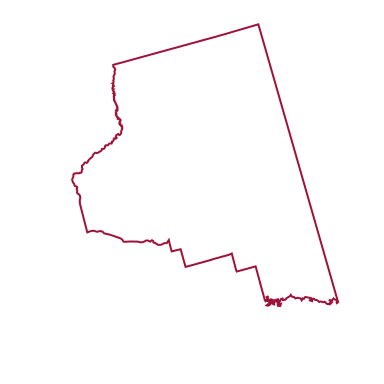 Coconino, Arizona, United States of America, rotated 345°
{"feature_id": "52423323B62960071172507", "entity_name": "Coconino", "entity_type": "district", "adm_level": 2, "iso_a3": "USA", "parent_name": "United States of America", "parent_adm1": "Arizona", "projection": "albers", "projection_center": [-112.498, 35.631], "detail": "fine", "context": "isolated", "style": "outline", "palette": "rose", "viewbox_px": 384, "rotation_deg": 345, "n_neighbors": 0, "source": "geoboundaries", "source_scale": "gbopen_adm2", "svg_char_len": 5553}
<svg xmlns="http://www.w3.org/2000/svg" viewBox="0 0 384 384"><g transform="rotate(345 192 192)"><path d="M80.4,203.9L83.4,203.6L86.6,203.8L90.3,206.0L92.0,205.8L94.1,206.3L95.5,207.4L96.4,209.2L101.7,212.0L111.1,218.4L112.4,220.1L113.0,222.2L113.8,222.6L119.3,223.8L126.5,225.8L130.1,227.6L131.8,227.7L135.3,227.0L136.9,227.5L138.7,229.1L140.8,228.2L141.8,229.3L141.7,230.9L143.1,231.5L145.4,234.2L148.4,235.0L152.1,234.3L154.4,234.8L157.2,232.4L157.0,236.5L157.0,244.1L166.2,244.3L166.4,262.7L193.4,262.5L194.6,262.3L211.8,262.2L214.5,261.7L214.4,278.9L214.6,280.4L222.6,280.4L234.2,280.3L234.3,297.9L234.2,297.9L234.4,312.3L234.3,315.2L234.8,316.4L237.2,314.6L236.9,312.8L238.8,312.4L237.8,313.1L237.9,315.6L235.8,316.5L236.7,317.0L238.3,317.0L240.3,316.0L241.5,316.7L238.3,318.5L237.5,319.6L234.7,320.8L235.8,321.5L238.0,321.1L239.1,319.9L241.9,318.8L240.8,320.7L242.2,321.8L242.5,320.1L243.9,319.3L244.7,317.8L247.4,317.9L247.3,319.7L245.8,318.8L245.9,321.8L245.5,324.2L247.8,324.9L249.0,322.9L247.5,322.9L248.0,319.9L248.8,320.1L250.2,318.5L251.9,318.3L251.8,320.0L254.4,320.2L255.9,319.0L259.8,317.9L260.8,316.9L261.7,319.2L263.3,319.8L264.4,321.6L266.5,321.4L269.4,323.0L269.9,325.0L271.4,323.4L272.4,324.2L274.2,322.7L279.2,325.1L277.8,327.2L279.8,328.5L280.5,327.1L279.8,326.1L282.4,326.8L283.0,328.1L284.8,328.8L286.4,331.2L287.5,330.9L290.8,332.6L291.8,332.4L293.5,335.1L296.1,336.2L298.0,335.1L297.0,334.6L298.5,333.8L296.2,331.8L299.3,332.9L301.2,331.5L301.7,332.5L303.6,333.7L303.9,334.6L303.6,334.9L303.6,335.3L303.2,335.7L303.1,335.9L303.2,336.5L303.2,336.8L304.6,336.3L299.5,47.2L272.8,47.8L267.2,48.0L257.0,48.1L255.0,48.2L244.3,48.2L148.8,48.8L148.4,50.7L149.4,52.4L149.6,53.9L148.3,55.4L148.1,57.7L146.0,60.2L145.9,62.3L144.7,64.0L144.9,65.0L144.1,66.6L143.6,66.6L143.8,66.8L143.9,67.2L143.6,67.4L143.6,67.9L143.5,68.3L143.7,68.6L143.6,68.9L143.7,69.1L143.2,69.1L143.2,69.3L143.1,69.7L143.3,69.9L143.1,70.0L142.9,69.8L142.8,70.0L142.5,70.2L142.4,70.4L142.6,70.5L142.4,71.0L142.3,71.4L142.0,71.7L142.2,72.5L142.6,72.6L142.2,72.9L142.1,73.1L142.0,73.3L141.9,73.2L141.9,73.3L142.0,73.8L142.3,74.5L142.5,74.5L142.7,74.8L142.5,75.0L142.4,74.8L142.2,74.8L142.3,75.3L142.5,75.9L142.4,76.0L142.4,75.9L142.1,75.9L142.1,76.0L142.4,76.3L142.6,76.6L142.2,76.7L141.7,76.7L141.8,76.9L142.1,77.2L142.2,77.5L141.9,77.5L141.7,77.9L142.0,78.4L141.9,78.4L141.6,78.5L141.4,78.8L141.3,79.0L141.5,79.4L141.3,79.8L141.1,79.9L141.0,80.1L141.2,80.7L141.0,80.9L141.1,81.4L140.9,81.8L140.6,82.1L140.8,82.8L140.5,82.9L140.4,83.3L140.7,83.6L140.6,84.1L140.8,84.8L141.2,85.4L141.1,85.5L141.1,85.8L141.2,86.2L141.1,86.4L141.3,86.9L141.3,87.2L141.4,87.5L141.3,87.9L141.4,88.1L141.6,88.2L141.6,88.5L141.5,88.9L141.6,89.2L141.9,89.6L142.0,89.9L141.7,90.2L141.8,90.6L141.9,90.8L141.8,91.0L141.7,91.0L141.8,91.5L141.4,91.7L141.4,91.9L141.5,91.9L141.5,92.1L141.3,92.1L141.2,92.3L141.2,92.7L141.3,92.8L141.3,93.0L141.1,93.0L141.2,93.3L141.1,93.6L140.8,93.5L140.6,93.5L140.8,93.9L140.8,94.1L140.6,94.2L139.9,94.1L140.0,94.3L140.1,94.5L139.5,94.9L139.4,95.3L139.0,95.6L138.9,95.8L138.9,96.0L139.2,96.1L139.3,96.3L139.1,96.8L139.0,97.0L138.7,97.1L138.5,97.5L138.8,97.6L138.5,98.2L138.6,98.5L138.8,98.6L139.0,98.6L139.0,98.9L138.9,99.1L138.9,99.4L139.0,99.6L139.0,99.8L138.9,100.2L139.1,100.5L139.3,100.6L139.5,100.5L139.8,100.9L139.7,101.1L139.6,101.3L140.0,101.6L139.7,102.0L140.0,102.0L140.5,102.2L140.5,102.6L140.3,102.6L140.3,102.9L140.5,103.1L140.8,103.2L141.1,103.1L141.3,103.2L141.5,103.3L141.6,103.6L141.4,103.7L141.4,104.1L141.5,104.2L141.5,104.4L141.0,104.7L140.9,104.9L141.1,105.1L141.0,105.4L140.8,105.6L140.6,105.5L140.0,105.8L139.9,105.9L139.8,106.1L140.0,106.4L140.0,107.1L139.7,107.1L139.7,107.3L140.0,107.3L140.4,107.7L140.3,107.9L140.0,108.0L139.8,107.9L139.6,107.9L139.6,108.0L139.8,108.2L139.9,108.3L140.1,108.7L140.2,109.1L140.3,109.3L140.4,109.5L140.6,109.3L140.8,109.3L141.1,109.4L140.9,109.7L141.2,109.9L141.3,110.4L141.5,110.7L141.4,110.9L141.5,111.1L141.4,111.5L141.0,111.9L140.9,112.2L141.0,112.4L141.0,112.6L140.9,112.6L140.9,112.8L141.0,112.9L140.9,113.1L140.6,113.2L139.3,115.1L139.1,116.1L138.3,117.3L137.3,118.1L136.8,118.3L136.1,117.7L135.8,116.9L135.4,116.9L134.9,117.0L134.3,117.3L133.4,117.7L132.8,118.5L133.3,120.2L132.3,120.8L130.7,120.0L130.1,120.5L129.9,121.4L129.6,121.9L128.9,122.4L127.7,122.6L127.5,123.0L127.5,123.7L126.9,124.4L125.7,124.0L124.9,123.9L124.3,124.0L123.8,124.3L123.1,125.1L122.1,125.0L120.9,124.5L120.3,124.8L120.1,125.0L119.8,125.4L119.5,126.3L118.8,127.0L118.3,127.4L117.6,127.5L116.7,127.1L116.0,127.2L115.3,128.5L114.7,128.8L113.3,129.1L111.1,129.8L110.5,129.8L109.0,129.1L108.4,129.1L107.9,129.3L106.4,130.2L105.8,130.9L104.9,132.2L103.3,132.8L102.5,133.3L101.5,133.7L100.4,134.5L99.7,135.0L99.3,135.7L98.8,136.2L97.7,136.6L97.1,136.0L96.1,135.8L95.4,136.3L95.2,136.7L94.4,137.2L93.5,137.6L92.4,138.3L92.4,138.8L92.0,140.1L92.2,141.4L91.9,142.0L91.3,142.5L91.0,143.1L90.6,144.0L90.4,144.4L89.6,144.7L88.7,144.4L88.0,144.5L87.8,144.7L87.4,144.7L87.1,144.5L86.6,144.4L85.6,143.9L84.2,144.0L83.1,143.6L81.9,144.4L81.6,145.8L81.1,147.0L79.8,148.3L79.5,148.8L79.4,150.6L79.5,151.8L79.6,152.3L80.1,153.2L80.4,154.2L80.2,155.0L80.4,155.7L80.8,156.2L81.9,156.7L82.1,157.0L82.3,157.4L82.2,157.6L82.3,158.2L81.7,158.7L81.3,159.5L81.6,160.7L81.1,162.1L80.8,162.7L80.8,163.3L81.3,163.8L81.6,164.3L81.8,164.8L82.3,165.1L82.8,166.4L82.6,167.8L82.7,168.7L82.5,169.1L81.8,170.1L81.3,171.2L81.3,171.6L81.4,172.0L80.8,173.0L80.9,173.5L80.8,174.6L80.7,174.9L80.4,203.9Z" fill="none" stroke="#9f1239" stroke-width="2"/></g></svg>